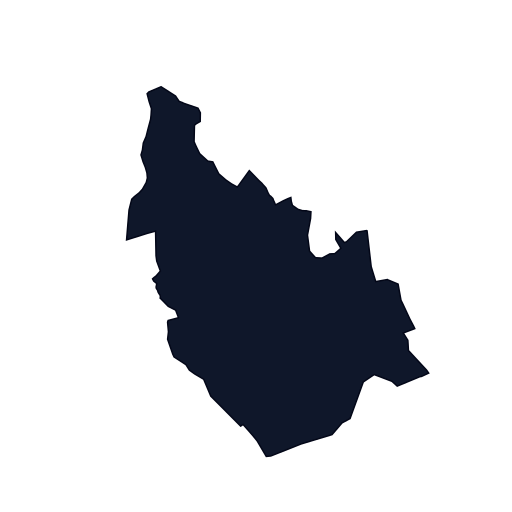 the district of Gabasawa, Kano, Nigeria, rotated 155°
{"feature_id": "59680162B83052310642670", "entity_name": "Gabasawa", "entity_type": "district", "adm_level": 2, "iso_a3": "NGA", "parent_name": "Nigeria", "parent_adm1": "Kano", "projection": "robinson", "projection_center": [8.837, 12.134], "detail": "fine", "context": "isolated", "style": "filled", "palette": "ink", "viewbox_px": 512, "rotation_deg": 155, "n_neighbors": 0, "source": "geoboundaries", "source_scale": "gbopen_adm2", "svg_char_len": 2179}
<svg xmlns="http://www.w3.org/2000/svg" viewBox="0 0 512 512"><g transform="rotate(155 256 256)"><path d="M366.5,325.3L345.2,322.5L336.5,321.0L344.0,304.1L346.5,298.5L348.1,293.4L349.0,282.8L355.1,280.1L357.5,279.6L359.4,279.0L359.3,276.5L357.6,273.0L358.3,272.0L359.0,271.0L359.6,270.2L360.0,269.1L359.9,267.9L359.7,266.8L359.8,265.8L360.0,264.7L359.9,263.4L359.7,262.0L359.5,260.7L359.8,259.9L360.1,259.2L360.7,258.3L360.4,257.7L356.8,247.4L351.7,240.9L352.3,232.8L362.9,234.7L364.1,233.4L367.4,224.3L371.3,217.9L372.9,202.3L372.9,199.1L365.4,187.1L364.6,180.7L361.4,175.0L355.5,166.4L356.2,148.1L341.8,108.3L338.9,108.8L334.9,95.1L333.1,88.0L331.4,70.0L327.1,68.5L294.6,66.6L262.6,62.0L248.5,68.4L239.5,68.9L212.0,96.5L199.0,98.6L194.8,94.3L185.7,84.9L183.0,78.4L159.5,77.4L158.5,77.4L158.0,77.2L156.9,76.9L153.4,76.9L149.0,76.9L149.6,80.4L157.8,105.9L154.6,113.9L154.0,115.5L155.1,124.0L142.8,123.1L142.8,125.8L143.2,133.8L143.2,150.7L143.3,154.6L139.1,170.5L146.6,178.7L146.9,179.2L147.5,179.3L157.9,182.1L158.3,182.2L156.1,197.7L144.7,231.9L145.0,232.3L154.9,235.1L168.0,230.6L169.9,230.8L170.2,230.8L173.9,243.6L176.7,237.2L175.8,227.1L183.6,224.8L188.2,226.7L197.0,226.2L202.8,229.3L205.4,237.8L200.5,253.2L190.7,266.9L187.5,272.9L191.5,275.9L191.9,275.9L191.9,276.0L194.8,277.5L198.3,280.7L201.6,286.5L200.9,290.7L199.7,294.3L202.9,294.5L208.1,294.5L211.9,294.3L215.9,294.1L216.6,294.1L216.7,294.4L216.6,296.9L216.6,299.0L216.4,301.0L217.5,304.2L218.2,305.0L218.4,308.5L218.2,313.4L218.6,314.9L219.5,317.7L220.0,319.6L221.5,323.2L226.0,336.2L241.6,327.5L243.8,326.4L247.7,331.7L251.2,337.7L255.0,346.2L255.3,355.9L255.4,359.6L259.6,362.4L263.8,372.6L263.9,379.3L263.9,382.1L263.8,385.8L256.5,400.5L254.3,401.1L249.7,401.5L245.9,409.3L246.1,414.5L256.4,424.4L258.0,426.1L257.9,426.2L260.3,428.6L261.0,432.9L261.3,435.0L262.0,436.1L270.5,449.5L283.7,450.0L286.1,449.1L287.6,441.1L288.5,433.7L291.6,428.0L293.7,424.5L300.4,416.5L305.1,410.7L310.4,406.0L314.2,400.0L317.5,396.2L318.5,389.2L318.8,383.3L319.7,377.5L321.5,372.6L324.4,369.0L330.7,364.5L335.3,362.6L341.2,361.2L344.6,360.0L351.6,351.4L366.5,325.3Z" fill="#0f172a" stroke="#020617" stroke-width="1.5"/></g></svg>